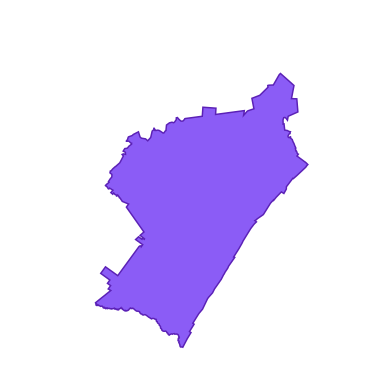 Tamuín, San Luis Potosí, Mexico, rotated 216°
{"feature_id": "50627088B83737206456413", "entity_name": "Tamuín", "entity_type": "district", "adm_level": 2, "iso_a3": "MEX", "parent_name": "Mexico", "parent_adm1": "San Luis Potosí", "projection": "robinson", "projection_center": [-98.718, 22.082], "detail": "fine", "context": "isolated", "style": "filled", "palette": "violet", "viewbox_px": 384, "rotation_deg": 216, "n_neighbors": 0, "source": "geoboundaries", "source_scale": "gbopen_adm2", "svg_char_len": 5703}
<svg xmlns="http://www.w3.org/2000/svg" viewBox="0 0 384 384"><g transform="rotate(216 192 192)"><path d="M172.1,338.1L190.1,339.9L190.4,338.2L189.1,326.4L192.7,323.5L193.3,322.7L192.1,321.4L194.0,310.1L198.6,303.0L190.8,295.7L194.4,290.7L194.8,289.8L195.3,284.3L197.5,288.6L218.5,268.6L221.9,273.9L233.0,267.0L228.2,259.3L240.6,247.5L240.9,247.1L240.8,246.4L240.9,244.9L241.0,244.3L241.6,243.5L242.6,242.9L243.2,242.9L245.6,243.2L246.6,243.4L247.5,243.7L248.3,242.8L247.4,241.5L247.3,241.1L247.2,238.4L247.3,238.0L247.5,237.4L247.7,237.2L249.2,236.7L250.9,234.7L252.0,231.2L249.2,226.4L249.5,225.7L249.5,223.2L250.2,222.7L253.4,222.6L255.1,222.4L256.6,221.5L257.3,220.5L257.7,220.4L260.7,221.5L259.3,219.9L259.6,219.9L260.0,218.1L260.0,217.8L257.6,212.2L257.5,211.5L257.9,207.4L260.8,207.7L264.6,205.8L266.4,206.0L270.7,209.2L273.3,204.1L273.6,202.5L275.7,199.4L275.8,198.9L275.7,198.5L275.0,196.6L275.1,194.7L274.9,194.5L273.0,196.0L269.8,195.6L269.5,195.9L269.0,195.2L270.0,191.8L270.0,190.0L270.3,189.2L271.9,187.6L271.7,184.6L269.3,185.0L267.9,183.4L269.9,182.5L270.6,181.3L268.7,180.8L267.9,175.6L267.6,173.1L268.8,167.7L269.0,167.4L269.7,164.2L269.9,161.5L270.1,161.3L270.4,161.0L269.7,159.4L269.5,159.2L267.3,159.2L266.5,158.3L265.8,157.1L265.7,156.9L265.9,154.4L265.7,151.3L264.9,151.1L265.1,150.6L265.1,149.4L265.3,149.1L265.5,148.8L265.5,148.1L265.9,146.5L265.8,146.3L263.5,146.2L261.6,145.4L261.4,145.4L260.8,146.1L260.7,146.4L260.8,146.7L257.0,147.0L257.3,143.8L254.8,143.6L254.8,145.2L252.8,144.7L251.7,145.1L251.4,145.0L251.0,144.5L250.8,144.4L250.4,144.5L250.3,144.8L250.3,145.9L247.4,145.0L247.4,144.7L246.8,144.7L246.7,144.8L246.1,144.7L245.7,144.5L245.6,144.4L243.3,143.6L242.9,143.4L236.2,145.0L236.2,141.2L207.4,131.4L208.5,126.4L202.9,126.2L202.8,125.7L204.8,125.7L204.7,124.3L208.9,124.4L209.7,120.4L200.9,120.4L200.9,117.8L201.7,118.4L202.6,117.5L202.8,116.5L202.9,80.7L218.0,80.6L218.0,76.6L218.0,72.5L206.7,72.5L206.7,68.4L202.8,68.4L202.8,64.3L199.8,64.6L205.0,45.7L204.6,45.4L203.8,45.4L203.9,45.1L203.7,44.8L203.6,44.6L203.2,44.6L203.2,44.3L202.9,44.3L202.8,44.1L202.6,44.1L202.5,44.3L202.0,44.5L201.9,44.6L202.0,44.7L202.3,44.8L202.3,45.1L201.9,45.1L201.6,45.5L201.3,45.5L201.1,45.3L200.8,45.3L200.5,45.5L200.2,45.7L199.5,45.6L198.9,45.8L198.6,45.8L198.3,46.3L197.4,46.9L196.7,46.8L196.0,46.2L195.7,46.2L195.0,46.7L194.9,47.0L195.0,47.2L194.9,47.3L194.2,47.1L194.2,46.9L193.8,47.2L193.3,46.9L193.0,47.1L193.0,47.9L192.9,48.0L192.5,48.4L192.2,48.3L192.0,48.1L191.8,48.0L191.7,48.1L191.6,48.5L191.3,48.7L191.2,48.8L190.7,49.0L190.5,49.3L190.0,49.3L189.7,49.6L189.1,49.7L188.8,50.0L188.6,49.9L188.3,50.1L188.3,50.4L188.1,50.6L187.7,50.7L187.3,51.4L186.9,51.8L186.6,51.8L186.5,52.3L186.2,52.2L185.9,51.9L185.4,52.0L185.5,52.5L185.3,52.7L185.1,52.6L184.7,52.8L184.3,52.7L183.9,52.8L183.3,52.7L183.2,53.0L183.3,53.2L183.2,53.5L182.6,53.4L182.5,53.5L182.3,53.4L182.1,53.5L182.2,53.9L182.4,54.2L182.3,54.4L182.1,54.5L182.1,54.9L181.5,55.6L181.5,56.2L181.3,56.3L181.3,56.6L181.0,56.4L180.4,56.4L180.2,56.8L179.5,56.6L179.5,56.3L179.3,56.3L177.4,56.3L176.9,56.3L176.4,57.0L176.1,57.1L175.9,56.7L175.7,56.8L175.2,57.2L175.1,57.5L174.8,57.6L174.6,58.2L174.4,58.3L174.1,58.7L174.1,59.0L173.9,59.3L174.0,59.8L173.9,60.2L173.9,60.6L173.7,60.8L173.6,61.1L173.8,61.4L173.5,62.1L172.6,62.2L172.3,62.5L172.3,62.4L172.2,62.3L171.7,62.7L171.6,63.1L170.6,63.3L170.2,63.3L169.8,63.1L167.5,63.0L166.7,63.1L166.2,63.5L165.3,63.8L165.0,64.2L164.1,64.3L163.1,63.6L162.5,63.6L162.1,63.4L161.5,63.4L160.8,63.8L159.9,63.5L158.9,64.0L158.2,65.0L157.7,65.3L155.8,65.4L153.3,65.3L152.4,65.5L151.6,65.4L151.3,65.5L150.2,65.5L149.8,66.3L148.9,67.0L148.0,67.4L147.6,67.3L147.0,67.4L146.7,67.7L146.2,67.9L145.6,67.6L145.3,66.8L144.6,66.5L143.9,66.7L143.6,66.3L143.2,66.0L142.5,65.8L141.0,65.8L140.6,65.6L140.2,65.0L139.2,64.9L138.4,64.6L137.4,63.4L136.2,63.3L135.5,62.7L135.1,62.5L134.8,62.6L134.4,62.4L134.0,62.4L133.6,62.5L132.7,62.9L131.5,64.0L130.6,64.0L129.3,63.4L129.1,63.6L128.9,63.6L128.2,63.3L127.5,62.8L126.3,62.8L126.1,63.6L125.5,64.7L125.0,65.3L124.3,65.4L123.9,66.2L123.1,67.0L122.6,66.8L122.3,66.9L121.2,67.9L120.6,68.2L120.3,68.1L120.0,68.4L119.4,68.4L118.8,68.1L118.4,67.7L117.6,67.5L117.4,67.2L117.4,66.7L116.7,66.6L116.6,65.8L116.9,65.2L116.7,64.9L116.5,64.5L116.1,64.1L116.0,63.7L115.9,63.5L115.7,63.5L115.4,63.8L114.7,63.5L114.3,63.1L114.3,62.6L112.2,61.4L112.0,61.1L111.7,61.0L111.5,60.7L110.7,60.0L110.2,59.9L108.8,60.9L108.2,61.0L109.6,70.5L110.2,77.7L112.0,77.6L112.6,86.3L114.2,86.3L114.9,96.0L115.0,97.8L114.6,103.4L116.7,114.8L116.7,116.5L116.1,122.5L116.8,126.8L117.0,138.5L117.8,143.6L117.8,144.9L118.1,146.3L118.3,151.3L118.8,153.6L119.0,164.2L120.1,163.9L120.7,173.4L121.4,179.8L121.9,182.4L123.0,196.9L122.9,201.9L122.7,203.6L122.3,205.7L124.3,205.8L123.8,207.0L123.5,208.3L123.5,208.6L121.0,215.7L121.9,228.5L121.9,229.5L121.4,233.5L121.0,233.3L120.8,237.3L119.9,243.8L119.7,244.6L116.8,244.8L117.4,249.8L118.7,251.7L118.5,262.3L117.9,262.3L116.9,266.6L114.6,278.6L114.5,279.9L114.7,280.0L114.7,280.3L114.4,282.3L117.0,282.7L128.2,282.8L128.2,285.1L128.9,285.0L129.5,285.1L131.3,286.4L131.6,286.5L132.0,286.3L132.3,286.7L132.6,286.7L133.2,287.3L133.6,287.9L134.0,288.0L134.1,288.3L133.9,288.6L134.0,288.7L136.0,289.8L137.9,291.1L140.1,292.2L141.8,293.4L144.7,293.5L144.8,293.6L144.4,294.1L144.4,294.4L144.9,294.5L145.2,293.8L145.8,292.9L146.2,292.9L146.8,293.2L147.0,293.4L147.3,294.0L147.6,295.8L147.0,296.9L147.5,297.3L147.8,298.6L149.6,297.9L150.7,297.9L153.4,296.6L157.6,301.2L158.2,300.5L160.7,303.8L161.5,306.0L160.7,306.9L159.7,307.0L157.0,306.2L158.7,309.8L153.4,319.0L162.0,329.0L166.4,326.0L172.1,338.1Z" fill="#8b5cf6" stroke="#5b21b6" stroke-width="1.5"/></g></svg>